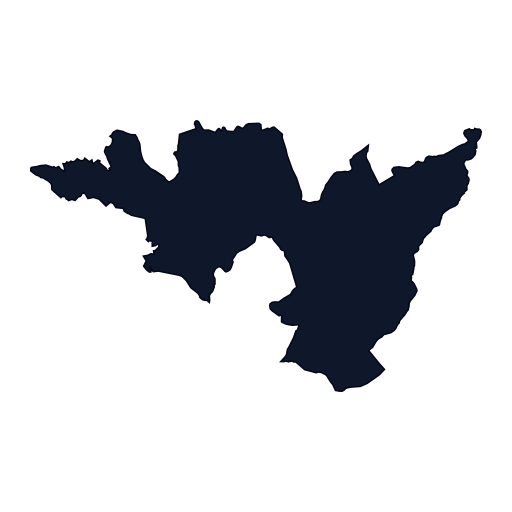 Zongozotla, Puebla, Mexico (Natural Earth projection)
{"feature_id": "50627088B26732857587675", "entity_name": "Zongozotla", "entity_type": "district", "adm_level": 2, "iso_a3": "MEX", "parent_name": "Mexico", "parent_adm1": "Puebla", "projection": "natural_earth1", "projection_center": [-97.765, 19.971], "detail": "fine", "context": "isolated", "style": "filled", "palette": "ink", "viewbox_px": 512, "rotation_deg": 0, "n_neighbors": 0, "source": "geoboundaries", "source_scale": "gbopen_adm2", "svg_char_len": 6072}
<svg xmlns="http://www.w3.org/2000/svg" viewBox="0 0 512 512"><path d="M30.7,170.9L35.7,174.8L39.6,176.3L40.6,177.5L42.3,177.7L44.1,178.4L45.6,179.6L47.3,180.3L50.5,183.0L51.5,184.6L51.9,189.7L60.9,197.7L61.9,196.5L64.5,196.6L64.9,196.7L66.3,199.0L67.5,199.5L68.5,200.6L71.9,199.4L75.1,200.5L78.1,197.1L80.5,196.2L81.3,195.2L82.1,193.3L84.6,193.3L85.2,193.9L87.9,198.5L93.5,197.4L99.1,199.2L106.0,206.1L110.4,202.3L113.1,203.4L115.9,207.6L123.2,208.4L124.2,211.2L128.2,213.7L129.5,213.6L129.4,214.0L131.2,215.2L145.2,218.4L147.7,235.6L147.2,238.3L146.2,239.5L148.4,241.6L149.2,240.8L152.2,241.1L152.2,246.3L155.6,245.6L157.3,244.1L159.1,245.2L158.4,247.3L154.9,250.9L154.6,250.6L153.5,250.8L154.2,254.3L151.0,253.7L147.8,255.3L143.3,256.1L145.7,260.0L146.5,260.4L143.6,266.2L146.8,270.2L149.4,272.1L151.0,271.9L150.5,268.3L153.3,271.7L158.4,271.1L178.8,275.2L182.1,276.4L186.4,280.7L190.8,287.7L198.2,293.5L198.6,294.6L199.4,295.1L199.8,297.2L200.7,298.2L202.5,299.7L205.0,300.4L206.8,300.3L209.3,302.5L209.7,300.7L209.4,296.3L209.7,295.0L210.3,293.7L212.5,291.5L214.3,286.9L214.1,286.0L214.2,285.2L215.0,284.2L215.0,278.8L213.4,275.7L213.3,274.2L213.4,273.1L215.4,268.9L218.1,267.0L220.0,266.8L222.2,268.2L224.9,271.3L226.0,271.9L227.8,271.3L229.9,269.9L231.2,267.6L233.1,262.0L232.5,260.9L232.5,259.2L234.5,256.6L236.4,253.4L239.2,251.3L245.4,248.7L254.4,242.1L255.2,240.2L256.0,235.8L256.5,234.8L260.4,235.7L262.2,235.8L263.2,235.2L264.7,235.1L266.0,235.5L269.2,237.6L272.3,237.0L272.6,238.1L273.8,240.3L279.8,247.3L280.6,249.1L281.6,250.0L284.2,250.9L284.5,251.6L284.9,255.9L288.4,260.9L289.8,263.4L296.8,287.4L294.8,288.5L292.9,290.3L290.4,294.5L283.8,298.3L278.7,302.1L274.7,301.9L272.3,302.3L270.1,303.8L269.7,305.8L270.2,308.8L272.3,311.0L279.0,315.8L279.3,315.0L280.3,315.0L281.6,316.1L281.5,321.9L284.9,323.7L287.7,324.5L292.5,325.3L298.3,324.7L298.8,325.6L297.5,330.0L295.9,330.9L293.6,337.6L289.1,346.7L287.3,349.6L286.7,353.7L285.8,356.0L280.7,361.6L284.1,361.7L285.7,361.1L288.7,361.9L289.2,361.4L290.4,361.4L291.4,361.1L292.9,361.4L293.6,362.0L295.8,362.0L304.7,369.7L316.3,372.8L317.5,372.2L319.0,372.1L321.4,372.5L325.8,374.8L326.8,375.8L330.2,381.4L332.9,384.8L335.4,390.4L339.5,391.2L342.2,391.2L344.2,390.1L345.8,388.3L350.0,387.2L360.4,386.4L367.2,383.4L379.6,374.6L384.5,369.4L379.3,363.6L368.6,350.4L372.7,347.2L375.7,342.0L377.4,339.9L378.8,338.6L381.7,337.0L383.8,334.6L390.9,332.7L394.2,330.4L395.8,328.4L397.4,324.9L399.3,322.8L399.3,321.8L399.9,320.4L404.9,314.7L406.8,311.5L408.2,309.9L409.0,306.2L409.2,303.5L410.1,301.2L414.8,295.4L417.0,290.8L416.6,288.8L414.0,283.7L412.7,282.0L411.1,280.8L411.5,277.8L411.1,275.4L412.7,274.4L413.8,268.9L413.8,267.1L414.5,265.7L414.6,261.0L413.3,255.5L413.6,253.8L415.9,252.1L417.2,251.6L418.2,250.2L418.7,249.3L418.5,247.4L418.9,245.7L422.1,242.7L423.4,238.4L424.7,237.3L425.9,235.6L430.8,231.3L431.8,229.2L433.8,227.0L439.1,225.2L439.6,224.2L439.8,222.6L440.9,218.9L441.5,217.9L441.5,216.5L442.6,214.0L445.4,211.3L449.6,208.4L455.1,206.0L457.5,204.1L458.6,200.9L459.7,199.9L459.9,197.8L462.0,195.1L464.3,193.1L464.4,192.0L467.0,189.7L466.8,186.9L466.9,185.8L468.1,183.6L469.1,179.9L468.8,178.4L467.2,176.0L466.9,174.8L467.6,173.1L467.7,171.3L465.7,168.9L463.7,163.8L464.2,162.2L465.8,159.9L467.5,160.0L470.9,159.0L472.8,157.5L475.1,154.7L475.8,151.0L474.9,148.1L475.8,148.3L476.8,147.9L476.3,142.1L479.5,138.3L480.6,135.5L481.3,131.7L480.5,130.0L479.5,129.2L476.6,129.0L474.7,128.4L474.3,129.3L473.6,129.8L470.7,129.8L469.3,128.8L465.0,130.5L464.4,131.2L463.8,133.4L465.2,136.2L466.7,137.7L468.4,140.2L467.8,141.7L464.9,143.9L462.7,144.4L458.3,146.4L449.6,151.8L443.5,155.0L438.8,155.5L436.0,156.6L434.2,156.3L432.6,156.7L428.9,156.1L426.9,157.1L425.7,158.3L424.4,161.9L422.5,162.5L420.3,162.2L418.3,161.3L416.1,162.2L414.8,164.4L410.0,167.7L407.6,168.0L398.8,166.8L393.9,167.4L392.0,169.4L392.1,171.1L394.4,175.6L379.1,184.8L370.8,168.5L369.5,164.1L366.5,158.5L366.0,156.2L366.2,154.0L366.7,152.4L367.7,151.4L368.4,145.2L361.2,150.9L357.1,153.4L353.6,156.0L352.4,158.4L350.1,160.0L350.7,164.5L351.7,166.4L352.2,168.2L351.9,169.4L351.0,170.4L349.6,171.2L347.7,171.8L344.9,171.4L341.7,171.9L337.0,172.0L334.3,173.4L330.8,177.8L328.3,181.9L325.8,184.9L324.3,189.6L322.7,192.1L321.5,194.9L320.9,198.2L320.0,200.4L317.6,201.6L314.9,201.6L310.0,202.8L308.5,202.8L304.1,200.9L301.7,201.0L301.2,199.0L301.7,196.0L301.2,191.6L300.1,189.1L296.6,178.1L292.4,169.8L287.2,155.2L285.9,149.3L282.2,137.6L282.4,134.2L274.1,127.1L272.5,127.3L268.8,129.4L267.9,128.2L262.8,130.2L261.6,130.1L261.2,129.2L260.9,124.6L259.0,123.3L248.3,123.7L246.1,124.8L243.1,128.3L241.7,128.1L238.8,126.5L237.5,126.4L236.7,127.0L234.4,130.7L233.3,131.6L227.1,131.1L225.8,129.9L224.7,127.6L223.4,127.2L222.6,127.7L221.6,130.7L220.7,130.8L219.7,128.9L218.9,128.5L217.7,129.3L215.3,132.4L214.8,132.3L208.6,130.0L203.9,130.1L202.2,128.2L198.6,121.7L197.1,120.8L195.6,121.1L194.7,122.3L194.5,124.5L195.0,124.8L196.0,128.7L179.5,134.3L178.6,143.3L177.9,146.2L178.0,150.1L177.0,151.8L174.8,152.0L173.9,153.3L174.1,154.5L175.4,155.3L178.3,161.4L178.4,165.6L179.2,167.7L179.3,172.7L177.4,174.7L175.7,177.4L173.9,179.2L169.7,181.8L168.6,181.8L165.6,179.4L164.9,177.9L163.5,176.4L155.3,170.9L150.8,168.7L144.7,162.7L143.1,160.0L142.0,157.2L140.6,151.7L139.8,144.2L139.0,141.9L137.8,139.8L137.1,137.7L135.3,134.8L130.6,134.5L125.6,132.8L122.8,131.4L117.0,130.2L113.5,132.0L112.4,133.3L111.9,134.8L109.9,136.2L111.9,137.7L112.5,138.8L112.6,140.3L112.2,142.7L111.0,145.1L109.7,146.2L108.2,147.0L106.5,146.6L105.8,147.2L104.6,150.8L104.5,151.7L105.3,153.7L106.8,156.3L107.6,159.0L111.3,166.9L109.1,168.4L110.2,169.8L107.5,170.8L106.0,168.2L99.3,162.6L100.0,161.3L99.9,160.8L97.9,160.1L92.9,164.0L91.9,159.9L89.3,161.7L84.8,158.1L83.6,160.3L80.6,160.7L77.2,158.7L74.7,161.3L72.3,161.9L71.0,161.1L69.1,162.6L66.7,161.9L65.4,163.8L63.0,163.6L64.3,167.5L64.8,171.1L61.3,169.7L58.7,166.5L55.8,167.9L53.8,166.6L53.1,167.2L52.2,167.1L46.0,165.1L40.3,165.6L36.6,166.6L31.6,167.3L30.8,168.1L30.7,170.9Z" fill="#0f172a" stroke="#020617" stroke-width="1.5"/></svg>